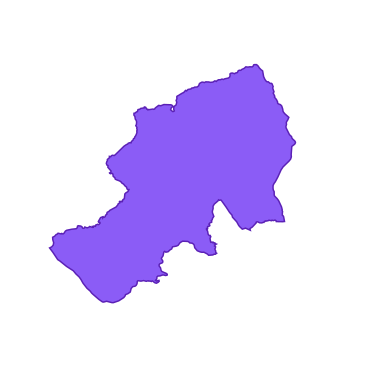 Suaita, Santander, Colombia (Robinson projection), rotated 125°
{"feature_id": "7082276B85655990008010", "entity_name": "Suaita", "entity_type": "district", "adm_level": 2, "iso_a3": "COL", "parent_name": "Colombia", "parent_adm1": "Santander", "projection": "robinson", "projection_center": [-73.355, 6.125], "detail": "fine", "context": "isolated", "style": "filled", "palette": "violet", "viewbox_px": 384, "rotation_deg": 125, "n_neighbors": 0, "source": "geoboundaries", "source_scale": "gbopen_adm2", "svg_char_len": 6073}
<svg xmlns="http://www.w3.org/2000/svg" viewBox="0 0 384 384"><g transform="rotate(125 192 192)"><path d="M146.4,271.5L150.0,275.3L149.6,275.7L150.1,276.5L149.2,278.5L149.5,279.6L149.9,279.8L150.4,279.3L153.0,282.0L154.3,282.3L155.3,283.4L155.7,283.5L157.4,282.8L158.2,283.4L160.1,284.0L160.8,284.7L162.3,283.7L162.9,282.1L164.8,280.3L165.3,278.9L166.3,277.6L168.5,276.3L169.9,276.1L170.7,274.1L171.9,273.5L172.5,272.5L173.7,272.3L174.5,271.4L176.3,270.8L178.4,270.4L179.5,270.5L181.0,270.0L181.8,270.5L183.3,270.1L185.4,270.6L186.6,270.1L187.5,271.4L188.6,272.2L189.7,272.2L190.7,272.9L193.6,274.0L205.8,276.3L206.8,276.7L207.4,278.1L207.9,278.5L208.4,278.8L209.7,278.8L210.2,280.1L211.3,279.3L213.9,280.0L214.9,279.2L215.7,279.3L217.7,278.6L218.1,278.1L218.8,276.9L218.5,276.0L220.1,275.0L221.2,270.4L222.2,269.9L223.7,270.5L223.9,270.1L223.7,269.1L222.6,268.3L222.5,267.9L222.7,267.1L224.4,265.5L224.5,263.5L225.5,262.2L225.3,260.8L224.5,257.8L224.4,256.1L224.9,254.6L224.8,252.6L225.5,250.1L225.5,248.6L226.8,246.8L226.9,246.2L226.2,245.1L228.4,244.7L230.7,245.7L232.1,245.9L236.3,243.6L237.9,244.2L238.9,243.9L239.3,244.1L239.7,243.6L240.2,243.7L240.8,245.4L241.2,245.9L241.5,245.9L241.7,245.2L242.2,244.9L243.9,245.7L244.9,245.4L247.8,245.6L254.2,248.8L255.4,248.9L257.3,249.8L258.4,249.5L258.8,249.0L260.7,249.5L261.9,249.0L263.0,249.4L263.3,249.7L263.2,250.4L264.3,250.3L263.6,251.0L265.4,252.2L269.9,251.8L270.3,251.2L269.7,250.1L269.9,249.7L270.4,249.4L272.0,249.7L272.5,250.1L272.6,250.8L274.3,251.9L275.4,251.4L275.7,251.6L276.0,252.8L276.9,252.7L277.2,253.5L277.7,252.8L278.1,253.3L278.9,256.0L279.8,256.2L281.3,257.1L281.9,258.4L282.1,259.7L283.4,259.6L284.1,260.2L284.3,260.9L283.6,262.2L283.7,263.6L284.9,265.9L285.7,266.2L286.9,265.5L288.5,265.8L291.5,269.2L295.2,272.7L296.6,273.3L299.4,273.2L300.3,273.6L300.7,274.4L300.6,274.9L301.4,275.2L302.6,278.1L303.7,278.2L304.8,278.9L307.2,279.2L309.0,280.2L310.9,278.7L312.9,276.2L315.2,275.2L317.5,275.5L319.5,276.6L321.2,271.4L324.4,263.2L324.3,260.7L324.9,252.1L324.6,244.0L325.7,240.1L326.3,235.8L327.3,232.9L329.2,229.0L331.1,222.8L331.6,218.4L332.3,216.4L332.6,214.5L333.4,206.7L333.4,202.3L332.8,201.2L330.5,199.3L328.5,194.0L327.8,193.0L323.2,189.6L317.6,187.3L315.4,187.2L314.2,187.6L312.1,186.2L309.3,185.2L306.0,186.5L303.6,186.3L301.8,184.6L300.6,184.2L298.7,184.4L296.5,185.6L295.6,185.3L294.3,182.7L292.3,180.8L291.4,178.3L289.8,176.9L289.8,176.3L289.0,175.3L288.6,173.9L287.8,173.7L287.5,173.2L287.7,170.6L287.3,169.2L287.1,168.8L285.3,167.9L283.9,167.7L283.3,168.4L285.3,170.0L285.4,171.2L283.4,171.0L281.7,172.0L281.0,171.9L280.4,171.7L279.0,170.0L277.0,168.6L276.3,167.7L275.6,165.8L274.6,164.8L274.2,164.7L273.6,165.1L273.4,165.9L274.4,171.2L273.9,172.4L272.1,174.4L271.5,176.4L270.5,177.2L269.5,177.3L267.0,175.7L266.3,175.7L265.3,176.3L264.2,178.7L263.7,179.1L260.9,179.1L257.4,180.6L256.3,180.3L256.3,178.9L254.6,177.3L252.0,176.8L250.3,176.0L248.1,176.5L245.2,173.7L243.7,172.8L240.3,172.7L237.7,171.5L235.1,167.4L234.7,166.3L235.0,164.6L233.8,162.4L233.9,160.5L234.4,159.6L236.1,157.8L237.1,154.0L236.4,150.9L235.7,149.3L234.5,147.7L234.0,143.8L234.3,142.1L231.6,138.8L230.4,138.3L229.6,137.2L228.0,136.7L228.0,137.8L226.7,138.8L225.9,140.2L225.3,140.7L224.5,140.7L223.3,141.3L223.3,142.6L221.5,142.6L220.7,142.2L220.9,143.0L221.3,143.5L220.7,143.5L220.6,143.8L221.0,145.1L221.5,145.5L221.0,145.9L221.7,147.1L222.4,147.6L222.3,148.0L219.7,150.6L217.8,151.0L217.2,152.2L217.7,152.6L217.6,153.9L217.2,154.7L215.1,156.8L214.6,158.1L214.2,158.5L214.2,158.0L213.7,158.1L214.0,158.7L213.3,158.8L212.9,158.3L212.5,158.5L212.3,159.0L211.3,159.4L210.4,158.5L209.4,158.1L208.9,158.4L208.6,159.7L207.3,159.7L205.6,158.6L205.2,158.6L204.5,159.7L203.3,159.5L201.6,160.1L199.5,160.1L197.3,163.3L196.1,164.3L193.5,165.2L191.6,166.6L189.1,166.8L184.4,165.6L183.2,165.8L183.0,164.7L182.0,163.8L182.1,163.0L184.9,155.1L187.2,149.4L188.0,146.0L189.4,144.4L190.8,138.2L192.5,134.8L193.0,133.3L193.6,129.5L190.9,127.4L189.9,122.3L188.9,123.5L188.6,123.5L186.1,122.5L180.5,121.7L180.0,122.1L179.2,121.7L178.8,121.1L178.4,118.8L177.2,117.0L176.1,116.3L175.6,115.6L174.5,115.8L174.1,115.2L173.6,115.2L173.2,114.9L173.1,114.3L172.3,113.7L172.1,113.3L171.0,112.8L169.9,110.4L169.2,110.3L168.8,109.0L167.4,107.9L167.3,106.7L167.9,106.0L164.4,100.8L163.1,99.3L159.6,102.9L159.2,103.9L159.2,104.7L157.0,106.2L156.3,106.4L155.1,107.9L154.7,108.0L152.8,110.2L149.4,116.1L148.6,118.5L147.9,122.2L147.1,123.1L144.6,124.9L143.7,126.6L142.3,127.9L140.2,129.3L137.9,129.7L136.0,129.6L130.4,130.3L122.9,131.7L119.3,131.8L110.7,130.2L108.4,130.1L106.2,130.8L104.5,132.2L97.4,136.4L93.9,135.3L92.3,135.5L91.7,136.1L91.2,137.2L90.9,139.8L90.5,141.1L89.5,142.3L89.1,145.1L85.5,151.7L84.4,152.7L82.5,153.3L81.3,154.4L80.4,154.8L78.0,154.9L75.3,155.5L74.7,160.7L74.2,162.6L73.7,163.7L72.0,165.3L70.1,167.8L69.7,169.6L70.3,171.9L70.1,172.8L69.1,173.6L67.8,175.9L67.0,178.9L66.1,179.1L64.4,182.2L62.9,182.3L60.9,185.1L60.2,185.7L59.2,185.9L57.5,188.4L57.4,189.2L58.2,190.4L58.0,192.8L58.7,193.7L58.7,194.6L58.0,196.8L56.4,199.5L52.3,203.6L52.2,205.7L51.7,208.2L50.9,210.0L50.6,212.1L51.8,213.9L52.5,214.4L54.2,214.1L55.0,214.5L56.4,216.6L57.6,217.8L58.6,219.7L60.8,220.2L63.2,221.6L64.0,221.7L64.5,222.0L65.2,223.2L66.5,223.7L67.4,223.4L68.4,223.5L69.7,224.7L70.6,224.9L71.5,227.4L72.6,228.4L73.6,228.6L74.6,227.7L76.1,227.1L77.7,227.5L80.5,230.1L81.8,230.8L82.3,232.2L83.8,233.2L84.8,234.6L86.2,235.3L87.5,235.5L87.8,237.0L90.1,238.0L91.7,239.9L92.2,241.3L93.9,243.9L95.3,244.7L95.8,246.2L96.6,247.1L98.8,248.1L101.3,247.5L103.0,248.0L104.7,250.1L105.5,250.3L107.1,251.9L108.2,252.0L110.3,254.1L112.3,254.4L112.4,255.5L112.7,255.6L115.4,255.9L116.4,256.6L122.2,259.2L122.7,259.1L124.2,257.9L126.1,257.5L127.1,256.1L127.6,255.8L129.8,255.0L131.8,255.6L133.2,255.4L134.7,254.5L135.7,253.0L136.6,253.3L137.2,254.0L136.9,256.7L134.7,257.3L133.2,256.7L132.7,256.8L132.4,257.7L132.6,259.2L136.5,265.2L139.2,267.0L140.2,269.0L144.3,270.3L145.5,270.2L146.3,270.9L146.4,271.5Z" fill="#8b5cf6" stroke="#5b21b6" stroke-width="1.5"/></g></svg>